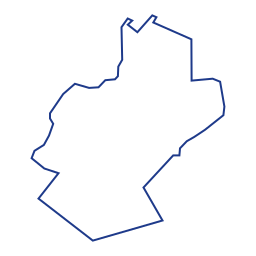 outline of Karaulbazar, Bukhoro, Uzbekistan
{"feature_id": "79887680B6404412845327", "entity_name": "Karaulbazar", "entity_type": "district", "adm_level": 2, "iso_a3": "UZB", "parent_name": "Uzbekistan", "parent_adm1": "Bukhoro", "projection": "robinson", "projection_center": [64.77, 39.381], "detail": "fine", "context": "isolated", "style": "outline", "palette": "blue", "viewbox_px": 256, "rotation_deg": 0, "n_neighbors": 0, "source": "geoboundaries", "source_scale": "gbopen_adm2", "svg_char_len": 606}
<svg xmlns="http://www.w3.org/2000/svg" viewBox="0 0 256 256"><path d="M31.6,158.2L44.3,168.5L58.5,173.2L38.5,198.6L92.8,240.6L162.5,220.5L143.5,187.5L173.2,155.4L179.4,155.4L180.0,148.3L186.8,141.2L194.3,136.9L205.0,129.8L223.4,115.2L224.4,106.6L220.1,81.7L212.7,78.7L191.6,80.6L191.4,39.3L153.3,22.5L156.4,17.2L152.3,15.4L137.4,32.2L127.8,24.7L132.2,20.6L127.7,18.5L121.5,27.2L122.2,59.8L118.3,66.6L117.9,76.2L115.0,79.3L105.3,80.2L98.5,87.3L89.1,87.9L74.9,83.8L63.2,94.0L50.0,113.3L50.0,118.5L53.2,123.8L49.0,135.6L43.9,144.9L34.5,150.8L31.6,158.2Z" fill="none" stroke="#1e3a8a" stroke-width="2"/></svg>